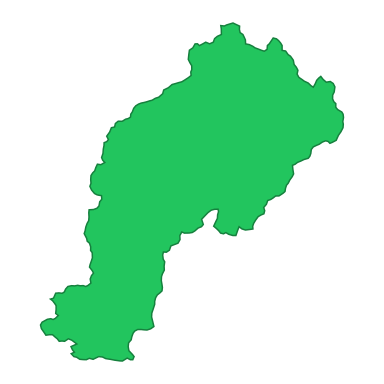 outline of Pedro de Toledo, São Paulo, Brazil
{"feature_id": "56859067B2977467796065", "entity_name": "Pedro de Toledo", "entity_type": "district", "adm_level": 2, "iso_a3": "BRA", "parent_name": "Brazil", "parent_adm1": "São Paulo", "projection": "robinson", "projection_center": [-47.172, -24.178], "detail": "fine", "context": "isolated", "style": "filled", "palette": "green", "viewbox_px": 384, "rotation_deg": 0, "n_neighbors": 0, "source": "geoboundaries", "source_scale": "gbopen_adm2", "svg_char_len": 4133}
<svg xmlns="http://www.w3.org/2000/svg" viewBox="0 0 384 384"><path d="M122.5,361.0L127.2,358.1L130.3,359.7L132.8,359.7L134.1,356.6L132.5,354.5L128.9,350.7L128.2,346.7L128.6,342.8L131.2,339.8L131.8,336.8L133.1,333.2L134.8,331.0L137.7,329.5L141.2,329.5L143.8,329.8L147.0,330.0L150.7,328.8L153.9,326.5L152.7,321.5L151.6,317.0L151.8,313.1L153.2,309.0L154.7,304.3L154.7,301.4L155.6,297.8L157.3,294.9L160.0,292.8L162.0,290.9L162.4,287.5L162.0,284.7L161.3,280.6L161.5,276.6L162.4,273.9L164.3,270.1L164.1,266.2L164.7,261.8L163.2,259.2L162.7,255.0L163.4,252.0L166.4,252.2L169.4,250.2L170.9,245.9L175.3,244.2L178.0,243.2L180.0,239.6L179.8,235.6L181.8,232.0L184.4,233.1L189.2,233.0L192.3,232.5L194.9,230.9L198.2,228.0L201.5,226.7L203.3,224.5L201.6,219.3L205.2,215.5L208.0,212.6L211.2,210.2L214.5,209.3L218.1,209.2L218.5,211.8L217.6,214.8L217.4,218.4L215.8,221.6L213.7,226.2L216.2,228.3L218.7,230.7L220.6,233.1L223.5,233.8L225.9,232.6L228.7,234.3L232.8,235.5L235.9,235.5L237.9,229.7L239.1,226.7L241.9,228.9L245.4,230.0L250.3,229.4L252.9,229.0L252.7,226.2L253.7,223.3L255.7,220.0L258.2,216.6L261.2,214.9L263.9,213.8L264.7,210.7L263.7,207.5L266.4,204.3L267.7,200.5L270.7,199.5L272.9,198.1L275.6,196.0L279.0,195.9L281.0,194.6L283.1,193.2L285.0,191.5L285.5,188.3L286.5,185.2L288.2,183.2L289.8,180.0L292.2,176.7L293.6,173.9L292.9,169.6L292.5,165.3L295.0,164.3L297.5,162.4L300.7,161.1L304.0,159.5L308.2,158.3L309.8,156.3L310.8,153.5L311.3,149.5L313.3,146.9L316.6,145.3L319.1,144.3L322.5,142.0L325.7,140.8L328.2,141.5L329.9,143.3L332.2,142.4L336.2,140.3L337.3,137.8L338.5,135.2L340.9,131.8L343.0,127.7L343.3,124.2L342.8,121.6L343.5,117.5L343.1,114.2L341.8,112.0L337.7,109.6L335.8,107.3L335.8,103.6L333.9,101.8L332.6,98.9L332.7,95.0L334.2,92.0L334.9,86.9L333.2,83.5L330.3,81.5L326.3,82.2L323.1,79.4L320.8,76.4L318.7,78.1L316.7,80.3L315.3,83.6L313.3,87.2L311.1,85.8L308.2,83.0L304.3,81.2L302.0,79.5L298.9,77.4L297.1,74.1L297.9,70.3L296.3,67.2L294.1,64.5L293.3,60.2L290.5,56.2L288.1,54.6L285.6,51.0L282.1,50.4L282.1,45.5L280.6,43.0L278.6,40.6L276.4,38.8L273.2,38.0L269.3,43.8L267.4,45.5L267.1,49.3L264.3,51.2L261.2,50.2L257.9,48.9L255.1,47.9L252.8,46.3L249.3,44.6L245.6,43.9L245.4,39.9L244.2,37.2L242.9,34.5L240.1,32.6L239.4,29.4L239.6,26.1L235.7,24.3L233.0,23.0L226.7,24.9L224.4,26.0L220.8,25.6L221.3,28.8L221.4,34.5L217.4,36.3L214.6,38.6L213.3,42.2L209.6,43.8L205.7,42.2L202.9,43.8L199.4,45.6L197.5,43.8L195.1,43.9L192.8,47.9L189.4,50.2L188.8,54.6L188.3,59.4L189.9,62.7L191.7,65.7L191.8,69.6L190.8,72.0L191.1,75.5L188.3,77.7L184.3,80.3L181.8,81.8L178.7,82.6L175.1,83.7L172.1,84.5L168.4,87.7L163.7,90.0L162.7,93.7L158.7,97.2L155.3,98.3L152.2,100.2L149.5,100.9L146.7,101.8L144.0,102.5L141.1,103.1L138.5,104.1L135.8,105.8L133.7,108.3L132.3,112.0L130.8,114.1L130.5,117.1L128.3,118.5L125.6,119.2L122.2,121.3L118.2,121.2L115.4,123.5L114.6,127.0L111.4,127.7L109.7,132.0L106.7,136.2L108.4,139.5L106.8,141.6L104.1,142.7L104.0,145.6L103.3,149.0L103.0,153.4L101.6,157.5L102.7,160.2L104.8,162.5L100.8,164.7L97.4,164.2L95.8,167.6L94.7,170.9L92.7,172.9L91.0,175.5L90.7,179.5L91.0,183.3L89.9,186.3L91.5,189.9L94.5,193.5L97.0,194.8L99.2,195.3L101.5,195.6L101.8,199.2L99.7,201.8L99.0,205.9L97.0,208.2L93.6,209.5L89.1,209.8L88.8,212.8L89.0,217.0L88.7,220.6L87.1,223.5L85.8,227.1L85.1,230.9L84.2,233.6L86.7,238.5L87.2,241.2L89.5,243.2L90.7,246.9L90.6,250.5L92.2,252.6L92.4,257.9L91.3,261.2L90.1,264.6L89.5,267.1L92.2,270.6L93.5,273.1L91.5,275.6L90.2,279.0L90.9,283.1L87.9,285.5L85.7,286.5L83.2,285.6L80.2,285.8L77.7,285.3L74.7,285.9L71.5,285.7L67.9,286.5L65.6,289.1L64.4,291.9L62.2,293.3L58.9,292.9L55.7,293.2L53.5,298.2L50.5,299.1L52.6,300.7L54.5,303.2L56.1,305.6L56.1,309.7L55.7,313.5L58.3,315.5L55.3,318.4L53.1,319.5L50.8,318.7L47.3,319.3L42.1,322.2L40.5,325.0L41.4,328.6L44.2,332.6L45.9,335.2L49.4,334.7L52.5,334.7L55.2,337.1L57.3,338.8L59.2,341.3L62.0,341.0L64.6,341.3L68.4,338.8L71.8,340.2L76.8,344.0L71.0,346.6L72.5,349.9L74.4,352.2L71.2,353.7L73.9,356.6L76.6,357.2L79.8,359.3L83.2,359.6L86.3,359.7L89.3,358.3L93.1,359.3L98.7,356.6L102.5,357.0L105.7,358.6L110.3,359.3L114.8,360.2L120.0,360.9L122.5,361.0Z" fill="#22c55e" stroke="#15803d" stroke-width="1.5"/></svg>